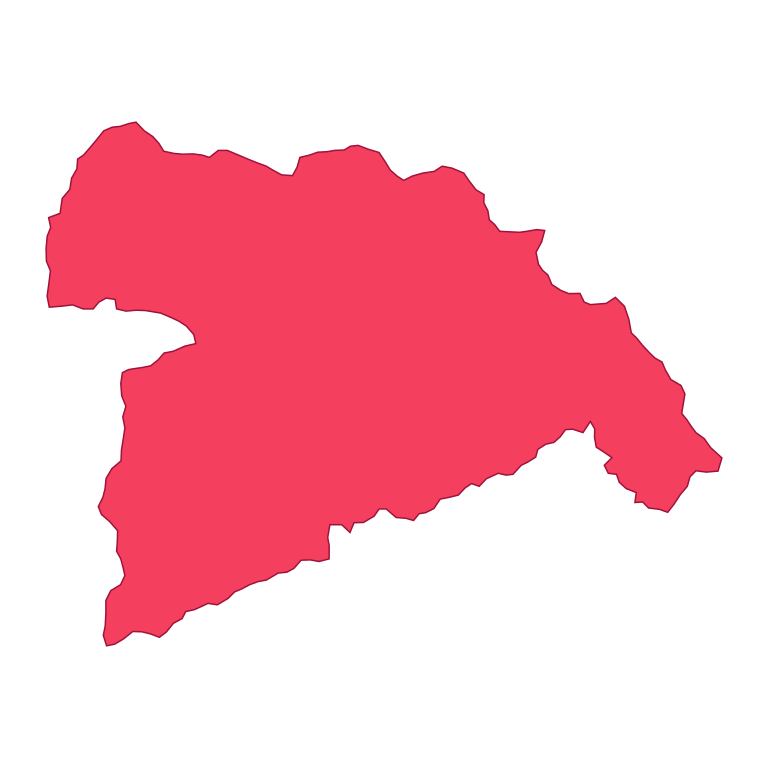 Rio Preto, Minas Gerais, Brazil (Natural Earth projection)
{"feature_id": "56859067B48154724498431", "entity_name": "Rio Preto", "entity_type": "district", "adm_level": 2, "iso_a3": "BRA", "parent_name": "Brazil", "parent_adm1": "Minas Gerais", "projection": "natural_earth1", "projection_center": [-43.874, -22.05], "detail": "fine", "context": "isolated", "style": "filled", "palette": "rose", "viewbox_px": 768, "rotation_deg": 0, "n_neighbors": 0, "source": "geoboundaries", "source_scale": "gbopen_adm2", "svg_char_len": 3107}
<svg xmlns="http://www.w3.org/2000/svg" viewBox="0 0 768 768"><path d="M49.3,307.2L61.5,306.2L72.6,304.9L83.1,308.9L93.2,308.9L98.9,302.1L106.1,298.1L115.1,299.4L116.6,308.9L126.0,311.1L136.6,310.2L145.8,310.6L160.7,313.1L171.5,317.7L179.1,321.3L186.4,326.1L193.8,334.6L195.8,343.6L184.9,346.1L173.1,351.3L164.1,353.0L158.2,359.8L150.7,365.8L141.8,367.6L135.2,368.5L128.5,369.6L122.4,372.6L120.8,383.5L121.7,395.8L125.9,406.2L122.8,416.9L124.9,427.9L123.1,439.9L121.5,449.7L121.0,460.9L111.9,468.6L106.1,478.4L105.0,489.1L102.9,497.3L98.3,506.6L101.5,514.5L109.8,521.7L117.6,530.7L117.3,541.9L116.6,551.2L120.8,558.9L123.1,567.6L124.9,575.6L120.6,584.7L110.8,590.6L105.9,600.4L105.9,612.6L105.2,626.1L103.3,635.3L106.6,645.8L114.6,644.2L123.4,639.0L132.8,631.5L141.9,631.8L150.8,634.0L159.4,637.3L166.3,632.1L173.4,623.3L182.1,618.6L185.7,611.6L194.6,609.6L208.0,603.4L217.4,604.8L228.2,598.3L234.6,591.9L241.8,588.9L249.6,584.7L258.0,581.6L266.3,580.1L278.1,573.1L286.8,572.2L293.9,568.4L301.1,560.2L310.4,559.9L319.0,561.5L329.1,558.9L329.2,545.7L327.7,537.5L329.9,524.7L341.7,524.7L350.0,532.5L354.0,522.7L363.4,522.5L374.1,516.2L379.1,509.0L386.3,509.0L396.1,517.5L406.0,518.3L413.6,520.5L419.1,513.7L425.6,512.7L433.9,508.5L440.2,499.1L449.3,497.3L458.3,495.1L465.2,487.8L471.6,483.6L479.2,486.3L486.3,478.8L498.2,473.3L506.1,475.1L513.0,474.3L521.2,465.3L527.7,462.1L535.7,457.1L537.8,449.4L545.8,444.2L553.9,442.4L560.1,436.9L565.5,429.6L572.7,429.2L583.0,432.6L590.3,421.5L594.7,428.7L594.5,437.4L596.3,447.2L603.2,451.6L611.9,457.6L604.3,465.3L608.3,473.3L616.5,474.3L619.3,482.3L626.2,488.6L636.3,492.6L634.9,502.5L642.7,502.0L648.6,508.0L659.3,509.3L667.7,512.3L674.1,504.1L680.3,494.6L687.3,486.3L690.0,476.8L696.0,470.8L706.4,472.1L718.0,471.1L721.9,457.9L710.7,447.7L704.3,438.7L696.0,432.7L691.1,426.2L687.0,419.9L681.7,413.4L683.4,403.2L684.9,394.0L681.0,385.5L670.8,379.5L665.2,369.6L662.0,362.0L655.0,358.1L649.2,352.5L642.5,345.3L636.7,338.1L631.3,332.9L628.8,319.1L624.4,306.2L615.4,297.4L606.2,303.4L597.1,304.1L590.4,304.6L584.2,302.1L580.0,293.4L568.8,293.6L560.8,290.4L551.8,284.5L547.9,275.0L542.6,270.4L538.5,264.3L536.0,252.3L541.7,241.7L544.7,230.5L536.8,229.6L526.7,231.3L519.7,232.3L509.3,231.8L499.7,231.3L494.6,224.5L489.3,219.8L487.9,210.8L483.8,202.8L484.1,194.6L476.0,189.8L469.1,180.9L463.8,173.1L451.9,168.1L442.2,166.2L434.2,171.4L422.7,173.1L412.2,176.1L403.7,180.4L397.1,176.1L390.3,170.1L385.3,161.9L379.1,152.5L367.6,149.0L358.2,145.4L350.4,146.2L344.2,150.0L334.8,150.4L327.0,151.7L317.7,152.2L309.5,155.1L299.9,157.4L297.1,167.2L292.5,175.6L281.7,174.9L273.0,170.2L266.3,166.2L256.9,162.7L247.9,159.1L238.5,155.1L227.3,150.4L218.3,150.4L209.4,157.4L202.2,155.1L193.1,153.9L182.7,154.2L173.8,153.4L163.7,151.2L159.0,143.5L152.9,136.7L144.2,130.7L136.0,122.2L129.0,123.5L120.2,126.4L112.2,127.2L103.9,130.7L96.0,140.5L89.1,148.7L83.5,155.1L77.6,159.1L76.9,168.9L71.6,178.2L69.8,189.4L62.2,198.4L60.1,213.3L48.6,217.6L50.7,227.5L47.2,236.1L46.1,248.2L46.4,261.0L50.4,270.9L48.9,283.2L47.1,296.1L49.3,307.2Z" fill="#f43f5e" stroke="#9f1239" stroke-width="1.5"/></svg>